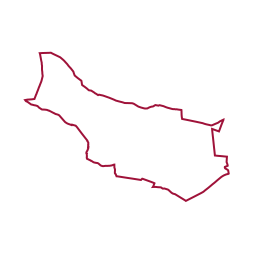 the district of Urziceni, Romania, rotated 7°
{"feature_id": "2599482B49028853764158", "entity_name": "Urziceni", "entity_type": "district", "adm_level": 2, "iso_a3": "ROU", "parent_name": "Romania", "parent_adm1": "", "projection": "equal_earth", "projection_center": [22.375, 47.735], "detail": "fine", "context": "isolated", "style": "outline", "palette": "rose", "viewbox_px": 256, "rotation_deg": 7, "n_neighbors": 0, "source": "geoboundaries", "source_scale": "gbopen_adm2", "svg_char_len": 4683}
<svg xmlns="http://www.w3.org/2000/svg" viewBox="0 0 256 256"><g transform="rotate(7 128 128)"><path d="M221.7,108.1L220.6,108.8L220.1,109.1L219.7,109.4L218.6,110.1L218.1,110.5L217.8,110.8L217.6,111.0L216.6,111.9L216.2,112.1L215.5,112.5L214.4,113.1L211.7,114.7L211.0,115.1L210.5,115.2L210.1,115.3L208.5,115.1L205.2,114.8L203.3,114.5L201.5,114.1L198.2,113.8L194.8,113.5L193.6,113.4L191.1,113.2L188.6,113.0L184.7,112.7L181.8,112.5L180.6,112.4L180.0,110.3L179.6,108.4L179.0,104.4L178.8,103.6L176.0,103.6L174.0,103.5L172.8,103.7L172.0,103.6L169.9,103.8L166.6,103.3L165.1,103.1L163.5,102.8L162.4,102.5L160.6,102.0L156.6,101.5L156.1,101.7L155.5,102.1L152.4,101.9L151.5,102.5L151.2,102.8L150.9,103.1L150.1,103.6L148.6,104.0L147.3,104.6L145.8,105.5L144.9,106.2L142.5,106.6L141.3,106.5L138.5,106.1L135.7,105.5L133.1,104.3L130.7,103.2L129.0,102.9L128.0,103.0L124.7,103.3L121.7,103.6L120.2,103.3L119.0,103.1L115.7,102.7L113.7,102.4L112.8,102.3L111.0,101.7L108.9,101.1L105.5,100.2L104.1,99.9L100.5,99.1L99.0,98.8L96.4,98.6L95.9,98.5L95.1,98.5L94.3,99.0L93.9,98.8L92.1,97.9L91.0,97.5L90.3,97.0L87.0,95.4L84.5,95.3L82.2,93.7L79.8,92.3L77.3,91.0L77.2,90.6L76.9,90.0L76.6,88.9L76.4,88.1L75.9,86.7L74.7,86.1L73.2,85.2L72.1,84.6L68.7,82.4L67.6,80.3L66.9,78.7L65.7,77.5L64.2,76.0L61.5,73.7L59.9,72.0L58.0,70.4L56.4,69.0L55.0,68.0L52.1,66.1L49.2,65.1L44.7,63.6L42.3,62.7L39.9,63.1L36.6,63.6L34.0,64.0L31.3,64.5L31.5,64.9L31.9,66.0L32.2,67.0L32.8,68.9L33.6,71.5L34.4,73.7L34.6,75.1L35.1,76.8L35.4,79.5L35.6,80.9L36.1,82.8L36.4,84.6L37.0,86.8L36.8,88.5L36.4,91.7L36.2,92.7L35.5,95.3L35.0,97.3L35.0,97.5L34.7,98.2L34.1,100.9L33.4,103.5L32.9,105.7L32.7,106.1L32.3,107.8L31.7,110.1L31.6,110.6L28.9,111.3L24.7,112.1L22.5,112.8L22.9,113.2L23.2,113.6L23.5,113.8L25.1,114.3L27.1,115.4L29.1,116.5L29.7,116.5L30.0,116.5L31.9,116.8L33.7,116.9L35.3,117.2L35.6,117.3L37.5,118.8L38.0,119.0L39.0,119.5L40.3,120.1L40.5,120.1L43.2,119.9L44.2,119.9L45.3,119.9L47.1,120.4L47.3,120.3L54.6,123.0L55.1,123.0L56.8,123.3L57.5,123.5L58.1,123.8L58.6,124.2L63.3,128.4L64.9,129.8L66.7,130.7L68.2,131.2L70.1,131.6L71.8,132.0L72.0,131.5L75.8,132.1L77.2,133.3L79.8,136.0L82.8,139.1L89.3,145.6L89.3,146.1L90.0,146.8L90.3,147.2L90.4,147.5L90.4,147.9L90.5,148.4L90.5,148.7L90.6,148.9L90.6,149.1L90.5,149.4L90.6,149.5L90.7,149.8L90.6,150.1L90.6,150.6L90.6,150.9L90.7,151.1L90.7,151.3L90.7,151.5L90.9,151.4L91.0,151.5L90.9,151.6L90.8,151.9L90.7,152.1L90.9,152.6L91.0,152.7L91.0,153.1L91.0,153.4L90.7,153.9L90.7,154.3L90.7,154.6L90.5,155.1L90.4,155.2L90.4,155.5L90.0,156.3L89.9,156.6L89.8,156.9L89.7,157.1L89.7,157.3L89.7,157.7L89.8,157.7L89.8,157.8L89.8,158.0L90.0,158.4L90.3,158.5L90.2,158.9L90.3,159.3L90.4,159.9L90.6,160.6L90.7,161.0L90.6,161.4L90.6,161.9L90.7,162.3L90.7,162.5L91.0,162.9L90.9,163.2L91.0,163.5L91.3,163.6L91.6,163.7L92.2,163.9L93.0,164.2L93.4,164.3L94.3,164.6L94.6,164.7L94.9,165.0L95.1,165.0L95.5,165.0L96.1,165.3L96.6,165.5L96.9,165.7L98.0,166.2L98.5,166.3L99.1,166.4L99.6,166.4L100.3,166.5L100.9,166.5L101.0,166.5L102.0,166.5L102.6,166.7L102.9,166.8L104.1,167.6L104.6,167.9L104.8,168.1L105.3,168.4L106.1,168.7L106.7,168.8L107.4,168.9L108.0,168.9L109.9,168.4L110.3,168.3L110.6,168.3L111.4,168.2L112.7,168.0L113.9,167.8L114.5,167.7L115.1,167.5L115.9,167.3L116.7,167.0L117.1,166.8L117.5,166.6L118.2,166.2L118.5,166.1L118.9,166.0L119.1,167.4L119.3,168.9L119.8,169.9L120.0,170.5L120.2,171.1L120.3,172.7L120.4,173.8L120.5,174.4L120.6,174.5L120.7,174.8L121.1,175.0L121.4,175.3L121.6,175.7L122.5,177.3L122.8,177.2L123.7,177.3L124.7,177.3L127.6,177.4L133.8,177.6L138.0,177.7L147.2,178.0L148.3,176.6L148.5,176.6L149.0,176.7L149.4,176.8L157.3,178.6L160.8,179.5L161.0,179.6L160.2,182.9L159.9,183.5L161.0,183.3L162.7,183.1L163.5,183.1L164.8,183.1L166.5,183.0L167.8,182.9L168.1,183.0L169.0,183.5L169.8,183.9L170.1,183.9L171.5,183.6L173.7,184.0L174.9,184.2L175.2,184.3L175.8,184.6L176.5,185.1L177.6,185.9L179.0,186.9L179.8,187.3L180.5,187.6L182.9,188.0L184.2,188.6L193.6,192.9L194.3,193.3L197.1,191.4L201.7,188.3L203.6,187.0L208.6,183.6L210.5,182.2L211.2,181.5L211.9,180.7L214.2,178.4L215.0,177.6L217.8,174.6L218.6,173.7L220.4,171.9L221.5,170.7L223.2,168.8L226.7,165.1L228.7,163.5L230.9,162.2L233.4,161.2L233.5,161.0L233.4,160.6L232.6,157.9L232.4,157.7L232.1,157.4L229.5,156.3L229.1,155.9L228.9,155.5L228.9,154.8L231.5,153.4L231.5,153.0L231.2,152.2L230.6,150.9L230.0,149.8L229.7,144.4L226.2,144.5L225.5,144.5L219.8,144.7L218.7,144.7L217.6,144.7L216.5,139.9L215.6,136.1L214.8,132.6L213.5,127.0L213.1,125.4L212.8,124.1L211.9,120.3L211.6,118.7L212.1,118.8L216.9,119.9L218.0,120.1L218.7,120.3L219.2,118.3L220.4,113.2L221.5,109.1L221.7,108.5L221.7,108.4L221.7,108.2L221.7,108.1Z" fill="none" stroke="#9f1239" stroke-width="2"/></g></svg>